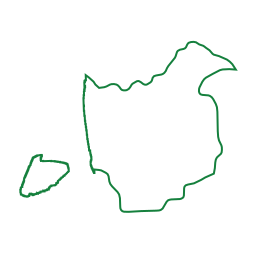 the district of Villa Hermosa, La Romana, Dominican Republic, rotated 88°
{"feature_id": "3306468B24610118168871", "entity_name": "Villa Hermosa", "entity_type": "district", "adm_level": 2, "iso_a3": "DOM", "parent_name": "Dominican Republic", "parent_adm1": "La Romana", "projection": "orthographic", "projection_center": [-69.03, 18.426], "detail": "fine", "context": "isolated", "style": "outline", "palette": "green", "viewbox_px": 256, "rotation_deg": 88, "n_neighbors": 0, "source": "geoboundaries", "source_scale": "gbopen_adm2", "svg_char_len": 5917}
<svg xmlns="http://www.w3.org/2000/svg" viewBox="0 0 256 256"><g transform="rotate(88 128 128)"><path d="M73.4,18.2L67.9,21.5L65.3,23.9L63.1,26.7L59.3,34.6L57.7,39.7L56.8,40.9L53.2,43.8L50.5,47.4L49.2,48.9L48.4,50.1L47.0,53.8L44.7,57.1L44.2,59.5L44.3,62.1L45.0,64.4L45.5,65.0L46.7,65.9L49.3,67.2L50.3,68.2L50.9,69.6L51.6,73.5L52.7,75.6L53.8,76.4L58.0,77.9L59.5,78.7L67.4,85.5L69.5,86.9L72.4,88.3L74.2,89.8L75.1,91.1L75.7,92.6L76.5,98.1L77.1,100.2L78.7,101.6L81.2,102.4L82.4,103.1L83.3,104.2L85.0,107.2L85.4,108.5L85.2,109.9L84.6,111.2L82.6,113.6L81.5,115.5L81.4,116.3L81.6,117.6L83.9,121.9L84.9,122.9L87.3,124.4L89.0,125.9L90.1,128.0L90.3,129.6L90.2,131.2L89.8,132.6L88.9,133.7L86.6,135.2L85.0,136.7L84.2,138.0L83.6,140.4L83.6,142.9L84.0,144.5L85.7,148.0L86.4,150.3L86.9,155.5L83.4,159.1L80.5,160.8L76.0,165.5L73.7,168.4L78.7,168.4L78.7,168.7L79.0,168.7L79.0,169.4L79.4,169.4L79.4,169.8L79.7,169.8L79.7,169.4L80.4,169.4L80.4,169.8L81.0,169.8L81.0,170.1L85.0,170.1L84.7,169.4L85.7,169.4L85.7,169.8L87.0,169.8L87.0,170.1L88.0,170.1L88.0,170.5L89.4,170.5L89.4,170.1L89.7,170.1L90.0,170.8L93.7,170.8L93.7,171.2L96.7,171.2L96.7,171.5L104.0,171.5L104.0,171.2L104.7,171.2L104.7,171.5L109.3,171.5L109.3,171.2L114.3,171.2L114.3,170.8L119.3,170.8L119.3,170.5L122.6,170.5L122.6,170.1L125.6,170.1L125.6,169.8L128.9,169.8L128.9,169.4L133.3,169.4L133.3,169.1L137.6,169.1L137.6,168.7L140.2,168.7L140.2,168.4L142.9,168.4L142.9,168.0L145.6,168.0L145.6,167.7L148.9,167.7L148.9,167.3L149.2,167.3L149.2,166.6L152.2,166.6L152.2,166.3L153.9,166.3L153.9,165.9L155.5,165.9L155.5,165.6L158.2,165.6L158.2,165.9L159.2,165.9L159.2,166.3L160.5,166.3L160.5,166.6L163.5,166.6L163.5,166.3L164.5,166.3L164.5,165.9L165.9,165.9L165.9,165.6L166.9,165.6L166.9,165.2L167.5,165.2L167.5,164.9L168.5,164.9L168.5,164.5L169.2,164.5L169.2,164.2L170.2,164.2L170.2,163.8L170.9,163.8L170.9,163.5L171.8,163.5L171.8,163.1L168.3,163.1L168.9,158.7L169.4,156.3L172.0,151.7L173.4,150.0L175.6,149.1L180.8,148.5L183.4,147.6L185.8,145.9L191.6,140.7L194.1,139.2L197.8,138.5L206.3,138.5L208.1,138.4L209.6,137.8L210.9,136.6L211.5,135.0L211.8,130.5L211.5,117.6L211.6,102.7L211.5,99.9L211.1,98.2L209.7,96.2L203.1,92.0L201.6,90.4L201.1,88.7L200.9,87.0L200.8,78.6L200.4,77.0L199.5,75.5L198.9,75.0L197.4,74.5L190.0,74.0L188.5,73.5L187.3,72.3L186.6,70.0L185.6,64.0L182.4,56.7L180.1,52.5L176.6,43.8L171.1,42.6L165.6,42.0L162.9,41.4L161.4,40.7L160.2,39.8L157.1,36.1L155.7,35.3L153.1,34.9L150.4,34.9L148.6,35.3L143.6,37.5L140.0,38.2L134.3,38.4L115.0,38.1L110.3,38.4L107.1,39.4L102.2,41.8L100.2,43.2L98.8,45.0L98.2,46.5L97.5,52.5L97.0,54.0L96.6,54.6L95.3,55.5L93.8,55.8L91.4,55.6L89.9,55.1L84.4,52.1L81.9,50.2L80.4,48.3L76.8,41.3L73.4,34.1L72.8,31.4L72.7,24.7L73.4,18.2ZM169.2,188.7L166.2,188.7L166.2,189.1L164.5,189.1L164.5,189.4L163.2,189.4L163.2,189.8L161.9,189.8L161.9,190.5L161.5,190.5L161.5,191.2L161.2,191.2L161.2,191.9L160.9,191.9L160.9,192.9L160.5,192.9L160.5,194.3L160.2,194.3L160.2,195.7L159.9,195.7L159.9,197.1L159.5,197.1L159.5,198.9L159.2,198.9L159.2,200.6L158.9,200.6L158.9,202.4L158.5,202.4L158.5,205.9L158.2,205.9L158.2,213.9L157.9,213.9L157.9,216.1L156.9,216.1L156.9,216.4L155.2,216.4L155.2,216.1L154.6,216.1L154.6,215.7L153.6,215.7L153.6,215.4L152.9,215.4L152.9,215.0L152.2,215.0L152.2,215.4L151.9,215.4L151.9,216.4L152.2,216.4L152.2,219.6L152.6,219.6L152.6,220.3L152.9,220.3L152.9,221.0L153.2,221.0L153.2,221.7L153.6,221.7L153.6,222.4L153.9,222.4L153.9,223.1L154.2,223.1L154.2,223.8L154.6,223.8L154.6,224.1L155.2,224.1L155.2,224.5L156.2,224.5L156.2,224.8L156.9,224.8L156.9,225.2L157.6,225.2L157.6,225.5L158.2,225.5L158.2,225.9L159.2,225.9L159.2,226.2L159.9,226.2L159.9,226.6L161.2,226.6L161.2,226.9L161.9,226.9L162.2,227.6L162.9,227.6L162.9,228.0L163.2,228.0L163.2,228.3L163.9,228.3L163.9,228.7L164.9,228.7L164.9,229.0L165.9,229.0L165.9,229.4L166.5,229.4L166.5,229.7L167.5,229.7L167.5,230.1L168.2,230.1L168.2,230.4L168.9,230.4L168.9,230.8L169.5,230.8L169.5,231.1L170.5,231.1L170.5,231.5L171.2,231.5L171.2,231.8L171.9,231.8L171.9,232.2L172.5,232.2L172.5,232.5L173.5,232.5L173.5,232.9L174.2,232.9L174.5,233.6L176.8,233.6L176.8,233.9L177.9,233.9L177.9,234.3L178.5,234.3L178.5,234.6L179.5,234.6L179.5,235.0L180.2,235.0L180.2,235.3L181.2,235.3L181.2,235.7L181.8,235.7L181.8,236.0L182.8,236.0L182.8,235.7L183.2,235.7L183.2,236.4L183.5,236.4L183.8,237.1L184.8,237.1L184.8,237.4L186.2,237.4L186.2,237.8L188.5,237.8L188.5,237.4L190.5,237.4L190.5,237.1L190.8,237.1L190.8,236.4L191.5,236.0L191.5,235.3L191.8,235.3L191.8,234.6L192.2,234.6L192.2,233.9L192.5,233.9L192.5,232.9L192.8,232.9L192.8,231.5L193.1,231.5L193.1,230.4L192.5,230.1L192.5,229.4L192.2,229.4L192.2,229.0L191.5,229.0L191.5,228.7L190.5,228.7L190.5,228.3L190.2,228.3L190.2,227.3L190.5,227.3L190.5,226.6L190.8,226.6L190.8,225.9L191.5,225.9L191.5,225.5L191.8,225.5L191.8,225.2L191.5,225.2L191.5,224.5L191.2,224.5L191.2,223.8L190.8,223.8L190.8,222.0L190.5,222.0L190.5,221.3L190.2,221.3L190.2,221.0L189.8,221.0L190.2,220.3L189.8,220.3L189.8,219.2L189.5,219.2L189.5,217.8L188.8,217.8L188.8,217.5L188.5,217.5L188.5,215.3L188.2,215.3L188.2,214.6L187.8,214.6L188.2,213.9L187.8,213.9L187.8,213.2L187.5,213.2L187.5,211.8L187.2,211.8L187.2,211.1L186.8,211.1L186.8,210.8L186.5,210.8L186.5,210.1L186.8,210.1L186.8,209.4L185.8,209.4L185.8,209.0L185.2,209.0L185.2,208.7L184.5,208.7L184.5,208.3L184.2,208.3L183.8,207.6L183.5,207.6L183.5,206.6L182.8,206.6L182.8,203.4L182.5,203.4L182.5,202.4L181.8,202.0L181.8,201.7L180.8,201.7L180.8,201.3L180.5,201.3L180.5,200.3L179.8,200.3L179.8,199.9L178.8,199.9L178.8,199.6L178.2,199.6L177.8,198.9L177.2,198.5L177.2,197.8L176.8,197.8L176.5,197.1L176.2,197.1L176.2,196.8L175.8,196.8L175.5,196.1L175.2,196.1L175.2,195.4L174.5,195.0L174.5,194.7L174.2,194.7L173.9,194.0L173.5,194.0L173.5,193.3L173.2,193.3L173.2,192.9L172.5,192.6L172.2,191.9L171.9,191.9L171.5,191.2L170.9,190.8L170.9,190.5L170.2,190.1L169.9,189.4L169.5,189.4L169.2,188.7Z" fill="none" stroke="#15803d" stroke-width="2"/></g></svg>